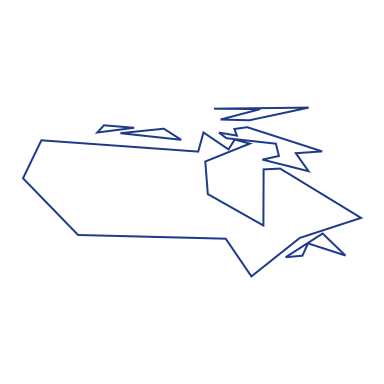 SVG path tracing the border of Canada
{"feature_id": "CAN", "entity_name": "Canada", "entity_type": "country or territory", "adm_level": 0, "iso_a3": "CAN", "parent_name": "North America", "parent_adm1": "", "projection": "equal_earth", "projection_center": [-89.555, 62.395], "detail": "coarse", "context": "isolated", "style": "outline", "palette": "blue", "viewbox_px": 384, "rotation_deg": 0, "n_neighbors": 0, "source": "natural_earth", "source_scale": "50m", "svg_char_len": 727}
<svg xmlns="http://www.w3.org/2000/svg" viewBox="0 0 384 384"><path d="M78.1,235.0L23.0,178.3L41.4,140.3L198.2,151.6L203.5,132.5L228.5,149.4L234.7,139.6L249.8,143.6L205.3,161.5L207.8,194.1L263.4,225.5L263.6,169.4L280.2,168.6L361.0,217.9L299.8,237.9L251.4,276.4L225.7,238.7L78.1,235.0ZM219.0,132.6L236.9,135.6L234.4,129.0L247.2,127.2L322.2,151.4L295.8,153.2L308.5,171.2L262.4,159.6L278.9,156.0L275.9,143.7L226.4,138.2L219.0,132.6ZM214.0,108.7L308.7,107.6L249.2,120.3L220.6,119.5L260.2,109.1L214.0,108.7ZM120.4,133.2L163.8,128.7L181.2,139.8L120.4,133.2ZM345.4,255.5L308.0,243.4L302.4,255.7L285.7,257.2L322.6,233.5L345.4,255.5ZM104.0,125.3L134.2,127.8L97.3,132.5L104.0,125.3Z" fill="none" stroke="#1e3a8a" stroke-width="2"/></svg>